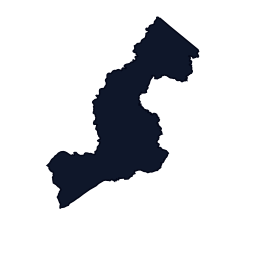 outline of Nsanje, Nsanje, Malawi, rotated 220°
{"feature_id": "42251766B55445306782248", "entity_name": "Nsanje", "entity_type": "district", "adm_level": 2, "iso_a3": "MWI", "parent_name": "Malawi", "parent_adm1": "Nsanje", "projection": "orthographic", "projection_center": [35.103, -16.718], "detail": "fine", "context": "isolated", "style": "filled", "palette": "ink", "viewbox_px": 256, "rotation_deg": 220, "n_neighbors": 0, "source": "geoboundaries", "source_scale": "gbopen_adm2", "svg_char_len": 5960}
<svg xmlns="http://www.w3.org/2000/svg" viewBox="0 0 256 256"><g transform="rotate(220 128 128)"><path d="M78.7,121.1L79.1,121.8L80.0,121.9L80.4,122.3L79.4,123.3L79.1,124.5L79.5,126.4L80.3,126.9L79.7,127.9L80.1,128.8L79.9,130.6L80.2,132.2L80.8,133.0L80.9,134.6L84.1,135.1L86.7,134.1L87.3,133.4L88.4,133.6L89.1,133.4L89.9,133.9L90.4,133.9L91.3,133.5L91.8,132.7L92.5,132.5L93.3,133.7L93.4,134.9L93.8,135.5L94.5,135.5L96.4,135.0L96.6,135.7L97.2,136.0L97.4,136.4L97.6,138.1L97.5,139.3L98.2,139.8L98.3,140.5L99.2,140.8L99.4,141.5L99.0,143.6L98.1,145.3L99.1,145.4L99.4,146.3L100.3,146.7L101.5,146.7L102.0,148.6L102.4,149.1L103.0,148.7L103.7,149.3L105.4,149.4L106.0,149.0L106.3,149.0L106.5,149.8L107.3,150.0L107.6,150.4L107.8,150.5L108.4,150.2L109.2,151.1L108.8,153.0L109.2,154.4L110.3,154.6L111.0,155.5L111.7,155.4L112.2,155.0L112.9,156.0L114.7,156.1L114.8,156.8L115.0,156.8L115.3,156.5L116.3,156.5L117.5,155.8L118.2,154.4L117.8,153.9L119.2,153.0L119.4,153.0L119.7,154.1L120.9,154.1L121.6,153.8L122.6,152.8L123.4,154.2L124.0,154.0L124.4,154.2L125.4,152.9L125.8,153.4L127.2,152.8L129.1,152.7L129.5,153.2L130.5,153.1L131.2,153.3L131.6,152.8L133.6,154.5L134.0,154.2L134.0,152.8L134.5,152.7L135.1,153.5L135.5,155.8L137.9,156.5L139.0,157.7L138.8,158.2L139.4,158.3L140.3,159.7L140.2,160.1L140.7,161.2L140.0,162.1L140.5,163.4L140.5,164.0L139.2,164.3L138.6,165.1L137.6,165.8L137.4,166.5L136.9,167.2L138.5,168.7L138.4,170.9L138.6,171.6L139.3,172.2L140.2,172.4L140.3,172.8L140.0,173.8L140.2,174.8L140.6,176.2L141.3,177.4L142.0,179.5L142.1,182.4L142.4,182.8L143.2,183.3L143.2,183.6L142.5,184.3L141.8,184.3L141.2,184.8L140.7,184.9L140.0,184.6L139.4,183.3L139.1,183.2L138.2,184.1L137.6,184.3L137.2,184.6L136.7,186.0L135.5,188.1L135.5,188.9L136.1,189.7L135.6,190.3L135.0,190.7L134.3,192.0L131.6,193.4L131.2,193.2L130.3,193.4L129.0,193.4L127.8,193.7L126.0,194.9L125.1,195.2L124.2,196.3L121.2,196.0L120.3,196.5L118.9,198.0L116.4,198.2L116.0,199.3L115.3,200.2L115.3,201.0L114.4,201.3L114.6,201.8L114.3,202.2L113.6,202.3L113.9,202.7L115.2,203.3L114.8,203.9L114.8,204.4L116.6,205.0L116.5,205.7L115.8,206.8L116.0,207.8L115.5,208.6L115.3,210.0L114.7,210.7L115.0,212.4L115.6,213.1L116.2,213.0L117.0,213.8L118.4,215.5L119.1,215.7L119.6,216.7L121.4,215.9L121.6,216.0L121.8,216.4L121.1,217.0L121.1,218.2L122.0,219.7L123.2,220.0L123.5,219.7L123.7,219.0L123.9,218.9L124.1,219.1L124.0,219.5L124.9,220.3L125.3,221.7L127.6,222.1L127.6,222.3L127.3,222.7L125.5,223.8L124.1,224.2L123.5,223.5L123.1,223.5L121.8,225.5L121.7,226.4L120.0,227.3L120.1,228.2L120.4,228.5L122.8,229.6L123.5,230.3L123.1,231.9L124.7,232.9L161.3,232.5L173.8,232.6L174.2,232.1L176.2,232.1L176.6,231.8L177.0,231.2L176.0,230.1L176.1,226.7L174.8,224.7L175.3,223.1L176.5,221.6L177.0,220.3L177.0,219.8L176.5,219.0L176.5,217.0L177.8,216.4L178.0,215.8L177.6,215.1L176.9,214.8L174.7,215.6L174.0,215.2L173.9,214.3L174.9,212.1L173.9,210.8L172.6,208.3L173.8,204.6L173.6,203.2L172.9,201.9L173.0,201.3L173.6,200.1L175.1,198.6L175.2,196.4L175.8,195.1L174.1,193.7L173.5,192.7L173.4,191.3L173.6,190.6L173.2,190.0L172.7,189.9L171.4,190.2L170.3,191.1L169.9,190.9L169.3,189.9L167.6,189.7L166.7,189.3L166.8,188.8L167.9,187.9L168.2,187.3L167.8,186.7L166.4,186.4L166.0,186.1L165.8,185.1L166.1,183.7L167.7,183.5L167.6,183.1L166.6,182.0L166.7,181.3L167.8,180.6L167.9,179.1L168.3,178.1L170.2,175.6L170.8,174.3L170.7,173.1L170.2,172.9L168.3,173.0L167.9,172.7L167.9,172.2L168.2,171.8L170.2,170.9L170.6,170.4L170.5,169.3L169.9,168.6L170.1,167.7L172.8,166.6L173.7,165.4L173.7,164.6L175.5,163.1L176.1,161.8L175.9,159.1L176.1,158.7L177.7,157.7L178.2,156.9L178.3,156.2L178.1,155.2L176.1,152.9L176.2,150.9L175.9,150.2L175.3,149.7L173.5,148.8L172.1,146.6L172.3,145.7L171.7,142.9L173.6,141.0L174.3,139.5L173.7,138.2L171.8,136.2L171.1,134.7L171.4,133.7L173.1,132.8L173.2,132.4L170.8,132.0L170.2,131.0L170.6,129.7L171.5,128.6L171.6,127.5L171.9,126.8L171.9,125.6L171.4,124.8L169.3,124.3L168.4,123.7L168.0,122.1L166.7,121.5L166.4,120.6L165.1,119.2L164.7,117.9L164.1,117.2L161.7,117.4L161.3,117.2L160.9,116.4L159.2,115.5L157.9,113.2L157.8,112.5L158.3,111.6L157.7,110.0L157.2,109.4L156.4,109.0L154.9,110.3L154.2,110.7L153.7,110.7L153.7,110.2L152.0,106.6L149.6,106.4L146.9,103.9L145.9,103.7L144.8,102.9L143.4,102.9L142.7,102.6L142.2,101.5L143.1,98.9L142.8,98.7L140.4,99.2L139.9,98.8L139.7,97.6L139.1,96.6L139.2,93.9L138.0,92.2L137.7,91.6L137.5,89.3L138.0,88.8L138.0,88.6L136.5,87.3L136.6,86.0L138.0,85.2L140.1,84.5L140.9,83.6L143.2,82.5L144.4,81.6L144.7,80.6L144.3,79.1L144.4,78.4L146.9,76.1L149.6,75.5L152.0,75.8L153.3,74.7L153.4,74.3L152.3,73.7L151.7,72.5L152.0,72.1L153.2,71.7L153.7,70.5L154.8,70.0L159.0,69.6L160.9,69.1L162.4,68.3L164.0,66.6L165.1,64.0L165.2,61.3L165.8,59.7L165.6,57.4L166.0,55.9L166.1,54.6L165.4,50.7L165.8,47.4L165.3,47.6L164.4,47.3L163.5,47.6L163.1,47.1L162.5,46.8L162.5,46.4L162.2,46.1L161.0,45.9L160.1,45.5L158.6,45.6L156.9,46.1L155.9,45.4L155.4,44.3L154.1,43.7L154.3,42.7L153.8,41.4L152.9,41.0L152.4,40.2L149.8,38.0L146.7,38.5L143.7,38.2L141.7,38.6L141.0,38.0L140.0,38.0L139.6,37.5L139.4,35.0L138.7,34.0L138.7,32.8L138.0,31.9L137.7,29.7L134.8,28.5L134.1,27.9L132.8,27.4L132.5,27.0L131.1,26.7L130.3,25.8L130.0,24.9L128.7,23.1L128.4,23.2L128.5,23.7L126.1,26.5L125.0,29.1L124.1,30.5L124.5,32.3L124.4,33.0L122.9,37.2L121.7,42.0L121.4,42.5L120.0,48.8L118.0,56.3L115.4,63.3L115.0,66.5L113.3,71.3L113.4,71.6L111.9,73.6L109.9,74.9L109.5,75.4L108.5,75.7L107.9,76.3L108.0,77.2L107.2,78.4L106.4,78.5L106.4,78.3L105.8,78.6L104.1,78.7L104.5,79.5L103.3,80.1L103.8,81.3L103.3,81.3L102.0,82.3L102.1,82.7L102.8,83.3L102.8,83.9L101.9,84.2L98.9,87.2L98.4,87.3L97.6,86.8L95.1,89.2L94.9,91.9L95.1,92.2L94.0,93.6L94.7,95.0L94.4,95.5L94.6,95.9L93.6,97.4L94.3,97.5L94.5,98.2L95.3,99.0L95.3,99.6L94.9,99.7L93.1,102.6L91.4,104.1L87.8,105.1L86.4,106.1L84.2,106.6L82.8,108.8L81.5,109.7L80.2,111.9L80.1,112.7L79.4,113.1L79.2,113.7L78.4,114.3L78.2,114.7L78.4,116.2L77.8,117.5L77.7,119.0L78.9,120.3L78.7,121.1Z" fill="#0f172a" stroke="#020617" stroke-width="1.5"/></g></svg>